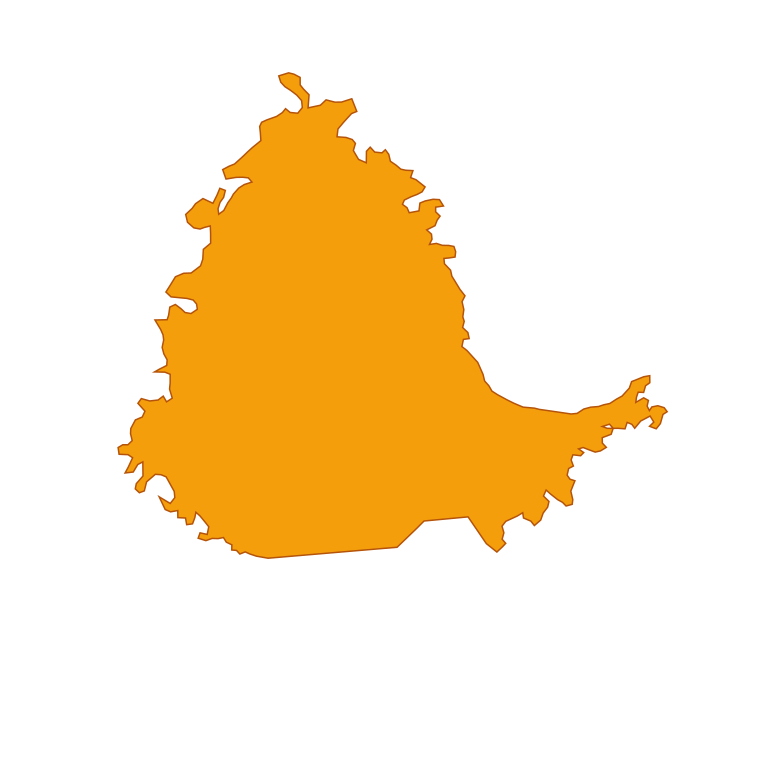 outline of Nova Cantu, Paraná, Brazil, rotated 121°
{"feature_id": "56859067B67973694135820", "entity_name": "Nova Cantu", "entity_type": "district", "adm_level": 2, "iso_a3": "BRA", "parent_name": "Brazil", "parent_adm1": "Paraná", "projection": "mercator", "projection_center": [-52.583, -24.632], "detail": "fine", "context": "isolated", "style": "filled", "palette": "amber", "viewbox_px": 768, "rotation_deg": 121, "n_neighbors": 0, "source": "geoboundaries", "source_scale": "gbopen_adm2", "svg_char_len": 4288}
<svg xmlns="http://www.w3.org/2000/svg" viewBox="0 0 768 768"><g transform="rotate(121 384 384)"><path d="M417.5,618.3L419.0,611.4L412.1,596.9L410.3,590.8L412.0,585.8L416.1,582.5L423.0,585.7L425.2,591.4L424.0,596.9L423.3,603.8L428.4,607.2L436.1,604.0L440.6,603.0L447.1,613.3L452.3,603.5L455.7,598.7L459.8,595.5L466.9,593.0L471.6,588.2L475.0,582.3L480.0,579.8L487.0,584.2L491.8,586.9L486.7,577.9L485.8,572.3L493.3,567.8L498.8,565.2L505.2,558.2L511.3,561.2L508.1,567.0L514.1,569.4L519.2,576.1L521.5,584.5L527.3,585.0L530.4,574.9L536.8,574.2L542.8,578.6L552.6,578.1L557.1,575.7L562.2,570.7L568.0,572.2L570.6,576.6L575.4,579.2L580.7,574.9L576.4,567.0L576.7,561.5L587.0,560.4L593.6,560.1L588.6,553.6L579.8,553.6L575.0,550.6L587.0,543.2L597.0,545.0L602.0,543.2L603.2,537.7L599.1,534.4L590.2,537.1L579.2,533.5L576.6,528.4L575.8,522.9L584.1,508.5L589.1,504.8L596.5,505.7L596.5,518.6L604.3,506.9L603.5,501.1L598.7,495.6L604.7,491.9L601.1,485.1L606.2,480.7L602.5,476.1L596.0,477.3L590.8,479.2L591.9,473.6L594.6,466.0L596.6,460.7L604.0,458.1L606.3,465.0L611.9,463.9L610.0,456.0L604.9,451.8L602.0,446.6L598.3,442.5L600.8,437.7L600.2,431.6L604.7,429.0L602.6,424.7L604.0,420.0L599.4,416.5L598.8,411.5L597.3,404.7L593.0,393.6L517.2,288.7L490.5,281.5L480.8,279.1L454.6,243.5L468.1,214.1L469.9,200.7L462.5,198.6L457.9,197.6L456.2,202.8L449.8,204.6L445.1,209.6L439.0,208.9L428.6,201.8L422.9,198.8L427.0,195.4L425.9,187.5L427.9,182.2L419.9,179.6L412.7,181.1L405.3,180.3L399.7,182.1L397.9,189.6L391.4,190.4L392.5,184.8L393.7,175.6L393.5,170.0L394.8,165.1L390.2,160.7L385.9,162.6L379.6,168.7L373.1,169.8L368.6,170.5L369.8,175.6L367.8,180.1L361.3,182.2L356.8,179.4L352.7,184.5L347.4,185.6L344.2,178.5L339.9,177.5L339.4,183.8L335.9,180.6L334.7,173.7L333.6,167.9L329.9,164.0L323.8,160.8L322.2,166.4L317.6,169.3L310.1,163.4L304.0,164.7L301.5,160.7L298.3,154.3L291.7,155.8L290.9,150.8L292.8,146.3L283.5,144.9L274.4,139.4L277.7,133.1L283.5,134.6L282.2,127.6L275.6,126.7L266.4,129.2L261.9,127.0L260.0,131.7L261.6,138.1L265.7,142.6L270.1,142.8L267.4,147.1L261.9,148.9L262.1,154.3L270.1,158.7L265.2,160.8L260.1,161.9L257.5,157.1L250.8,158.9L246.0,156.8L240.0,160.5L244.0,165.1L254.4,173.0L261.2,171.6L271.7,173.7L277.2,176.9L284.4,180.4L288.5,184.8L292.8,188.5L297.4,194.9L302.6,199.9L309.7,203.3L313.3,208.1L320.7,225.8L325.8,237.9L327.2,242.6L332.2,252.9L333.6,262.7L334.2,270.1L334.7,281.2L334.5,287.8L331.5,293.2L329.6,299.3L324.8,304.0L317.2,314.8L312.6,330.1L311.8,336.5L304.9,338.9L301.2,334.4L296.7,338.6L295.1,345.7L289.0,347.5L285.9,351.0L279.1,353.9L273.2,359.5L266.7,360.0L263.8,367.6L260.0,374.8L256.6,381.4L252.2,385.5L249.8,394.1L245.5,397.3L242.4,393.1L238.6,388.5L233.7,390.7L230.1,394.9L231.9,399.9L235.1,405.4L236.5,411.5L241.0,416.9L235.2,417.4L231.1,420.5L229.9,426.8L222.0,421.8L216.2,422.8L211.2,422.4L209.8,428.4L205.8,430.8L200.8,424.7L197.4,431.4L200.4,437.1L205.9,443.0L210.4,446.4L217.6,443.2L224.2,450.6L221.0,455.1L220.5,460.7L215.8,461.3L209.5,457.2L204.4,453.2L199.6,450.3L193.9,450.3L192.4,461.8L193.4,467.5L186.2,469.1L189.6,475.5L191.2,480.3L190.2,486.3L189.8,493.2L184.7,498.2L182.5,503.5L186.9,504.8L190.0,511.4L188.1,517.8L193.6,518.9L203.5,513.1L204.6,521.5L199.7,530.5L192.5,532.4L190.8,537.1L192.2,543.5L196.3,551.6L189.1,554.8L180.9,553.5L175.3,552.4L168.9,551.1L164.4,547.7L156.1,558.5L164.3,565.7L167.7,571.3L170.3,580.0L177.8,582.1L186.4,591.3L174.7,597.2L172.7,604.8L170.8,609.9L164.4,613.8L164.8,620.7L166.4,626.0L174.1,632.9L178.5,627.9L180.2,622.0L180.4,615.4L181.3,607.5L183.5,600.6L189.1,596.4L196.3,597.4L199.6,604.3L198.7,610.2L203.7,610.9L210.0,613.9L217.9,620.4L222.7,623.7L227.3,623.2L232.3,619.4L238.8,614.9L249.1,618.6L255.1,620.4L261.1,622.0L272.4,625.4L277.0,628.9L283.3,632.7L289.7,625.0L283.0,617.1L279.6,611.7L277.2,606.5L278.9,601.2L285.0,606.5L290.8,609.4L298.8,610.9L303.2,610.7L308.9,611.2L317.8,610.7L323.6,613.1L319.3,616.5L312.8,618.1L306.6,617.6L299.8,619.7L300.8,625.5L308.2,624.4L317.2,623.7L318.3,634.7L326.5,638.4L332.3,638.9L340.8,641.3L346.6,635.7L348.1,627.4L345.9,621.5L342.3,618.6L338.0,614.3L344.2,610.2L352.6,605.1L361.6,608.2L370.4,603.6L377.2,602.1L388.2,606.5L392.3,612.8L399.5,618.0L409.2,618.1L417.5,618.3ZM304.0,164.7L307.0,169.8L308.0,175.0L302.3,170.0L304.0,164.7Z" fill="#f59e0b" stroke="#b45309" stroke-width="1.5"/></g></svg>